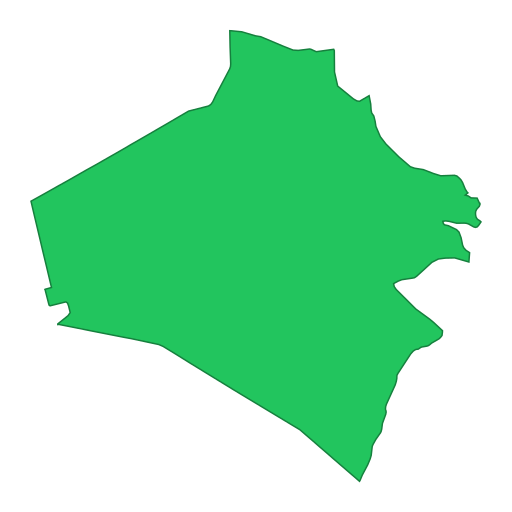 Al-Anbar, Albers equal-area conic projection
{"feature_id": "IRQ-3471", "entity_name": "Al-Anbar", "entity_type": "Province", "adm_level": 1, "iso_a3": "IRQ", "parent_name": "Iraq", "parent_adm1": "", "projection": "albers", "projection_center": [42.195, 32.855], "detail": "fine", "context": "isolated", "style": "filled", "palette": "green", "viewbox_px": 512, "rotation_deg": 0, "n_neighbors": 0, "source": "natural_earth", "source_scale": "10m", "svg_char_len": 2813}
<svg xmlns="http://www.w3.org/2000/svg" viewBox="0 0 512 512"><path d="M130.5,338.5L123.9,337.3L107.6,334.1L91.3,330.9L75.0,327.6L58.7,324.4L58.3,324.5L58.0,324.6L57.8,324.6L57.8,323.9L68.0,315.7L70.2,312.6L68.6,306.0L67.5,303.0L65.8,301.9L50.1,305.8L49.2,305.3L48.7,303.8L45.1,289.7L44.9,289.4L45.0,289.3L51.5,287.5L46.6,266.9L43.1,252.4L39.8,238.4L37.3,227.9L34.3,215.3L31.0,201.2L40.2,196.1L49.3,191.0L58.5,185.8L67.7,180.7L76.8,175.5L85.9,170.3L95.1,165.2L104.2,160.0L113.3,154.8L122.4,149.6L131.4,144.3L140.5,139.1L146.4,135.7L149.5,133.9L158.6,128.6L167.6,123.4L176.6,118.1L188.6,111.1L208.5,106.0L210.8,104.5L212.7,101.9L215.7,95.5L229.7,68.9L230.5,66.5L230.7,63.9L230.1,46.8L229.8,30.7L231.6,30.8L241.8,31.8L255.3,35.8L260.7,36.7L282.5,45.9L293.1,50.1L298.3,50.4L309.6,49.0L311.0,49.3L313.8,50.6L316.3,51.7L333.7,49.3L334.3,50.6L334.5,72.0L337.7,86.1L353.4,98.9L356.9,100.9L359.5,101.3L369.1,95.7L370.7,104.0L371.1,110.1L371.7,113.0L373.8,116.0L375.1,121.2L375.9,126.4L380.3,136.7L385.9,144.0L399.0,157.0L410.3,166.7L414.6,168.2L423.3,169.6L433.4,173.5L440.8,175.8L454.4,175.3L456.9,176.0L459.7,178.5L461.0,179.9L462.6,182.6L465.2,189.0L467.1,192.1L467.9,192.9L465.2,195.1L468.3,196.0L471.1,197.9L477.1,198.1L479.6,203.5L479.9,203.4L480.0,203.8L480.0,204.3L479.3,206.3L476.8,209.1L475.8,211.0L475.5,212.9L475.6,215.0L476.0,216.9L476.9,218.6L477.8,219.5L480.0,220.9L481.0,221.9L478.6,225.4L477.2,226.9L475.5,227.4L473.7,226.9L468.4,223.9L466.3,223.3L464.4,223.1L456.6,223.2L449.3,221.4L445.6,220.9L442.8,221.3L443.3,223.4L444.4,224.8L448.4,225.7L456.5,229.6L459.0,232.1L461.1,237.8L462.6,245.1L463.7,247.7L466.0,250.3L469.6,252.7L468.9,262.0L454.7,257.9L445.3,258.1L438.4,259.0L431.9,262.3L416.7,276.2L414.5,277.7L413.6,277.9L411.9,278.2L401.8,279.7L398.0,281.2L393.6,283.6L394.2,286.6L396.2,289.5L415.9,309.1L429.6,319.1L433.7,322.5L442.5,330.7L442.4,332.6L442.0,335.5L440.6,337.3L439.2,338.7L431.6,343.1L429.5,344.9L428.4,345.6L427.0,346.1L421.8,347.0L420.8,347.4L418.3,349.1L417.7,349.2L416.0,349.4L414.6,350.1L413.1,351.2L410.7,353.9L398.0,373.3L396.9,375.4L396.8,378.5L396.3,381.3L395.2,384.9L386.5,404.0L385.7,406.4L385.5,408.1L385.5,409.4L385.7,410.2L386.0,410.9L386.1,412.3L385.7,414.4L382.5,423.2L382.3,424.4L381.7,429.2L381.2,431.2L380.6,432.6L375.9,439.3L373.1,444.3L372.5,445.7L372.2,446.7L371.2,455.3L370.2,458.8L367.7,464.8L362.3,475.0L360.1,480.3L359.5,481.3L357.9,479.9L349.9,473.0L341.9,466.1L333.9,459.2L326.8,453.0L319.7,446.9L312.6,440.7L305.5,434.6L300.0,429.8L292.5,425.3L285.2,420.9L277.9,416.5L270.6,412.1L263.3,407.7L256.0,403.3L248.7,398.9L241.4,394.5L234.1,390.1L226.8,385.6L219.6,381.2L212.3,376.7L205.1,372.3L197.8,367.8L190.6,363.4L183.4,358.9L176.2,354.4L167.7,349.2L163.1,346.4L158.7,344.5L130.6,338.5L130.5,338.5Z" fill="#22c55e" stroke="#15803d" stroke-width="1.5"/></svg>